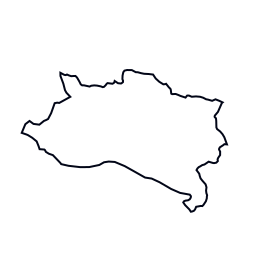 map outline of Bulgaria (Robinson projection), rotated 199°
{"feature_id": "BGR", "entity_name": "Bulgaria", "entity_type": "country or territory", "adm_level": 0, "iso_a3": "BGR", "parent_name": "Europe", "parent_adm1": "", "projection": "robinson", "projection_center": [24.961, 42.741], "detail": "fine", "context": "isolated", "style": "outline", "palette": "ink", "viewbox_px": 256, "rotation_deg": 199, "n_neighbors": 0, "source": "natural_earth", "source_scale": "50m", "svg_char_len": 2172}
<svg xmlns="http://www.w3.org/2000/svg" viewBox="0 0 256 256"><g transform="rotate(199 128 128)"><path d="M209.9,158.2L205.5,157.5L204.0,157.8L203.1,158.7L201.1,158.5L198.6,158.5L196.0,159.6L194.6,160.1L192.6,159.1L189.0,156.0L186.9,153.9L185.2,153.4L183.6,154.0L177.8,154.7L176.5,156.0L173.8,157.3L171.1,158.0L167.2,158.5L165.2,158.4L164.1,159.1L163.1,161.1L162.5,163.0L161.9,163.8L157.1,164.8L156.1,165.9L155.8,167.0L155.9,168.1L152.0,167.1L149.1,167.8L148.4,168.6L147.7,169.8L148.1,171.1L149.2,172.4L150.2,175.8L150.6,179.2L150.0,181.1L147.8,182.5L143.2,184.0L138.8,183.3L136.9,183.9L133.6,184.1L130.5,184.5L125.9,185.8L121.7,186.7L117.9,183.8L113.5,181.9L108.8,180.8L107.1,181.6L106.4,182.2L102.5,179.7L100.7,178.9L99.9,177.9L98.3,174.6L97.3,174.4L94.0,175.7L90.9,175.6L89.0,175.4L83.5,175.5L82.7,177.8L82.0,178.2L80.8,178.5L77.9,178.3L74.0,180.0L70.0,181.0L66.8,181.1L63.5,180.6L61.5,180.9L57.3,181.1L54.6,183.6L50.4,183.4L46.9,183.0L47.4,182.2L48.2,172.5L49.9,168.1L49.9,167.2L49.5,166.5L48.0,165.8L46.9,163.5L44.6,157.3L43.4,156.0L39.7,154.7L36.6,152.9L33.9,150.6L29.1,144.7L31.6,144.1L32.3,142.9L34.8,139.7L35.1,138.2L34.9,137.3L33.2,135.7L32.1,132.4L33.0,129.2L33.1,127.6L32.3,126.0L33.2,124.0L35.0,122.9L36.1,122.6L40.8,122.4L43.8,118.4L45.7,117.1L47.5,114.9L48.4,114.0L49.2,112.3L49.5,110.5L45.8,108.0L44.6,106.1L43.0,104.0L40.7,102.5L36.3,100.0L34.5,97.5L33.8,94.2L32.6,91.8L31.3,90.2L31.1,88.8L30.6,87.2L30.5,84.1L31.6,79.9L32.3,78.4L33.8,78.0L37.9,75.7L38.1,72.8L38.8,71.1L40.1,70.0L41.3,69.3L43.5,71.0L48.9,73.7L51.5,75.6L51.3,76.8L50.1,78.0L47.7,79.2L46.4,80.7L46.0,82.6L46.3,84.0L47.9,85.1L57.6,83.6L67.4,84.4L80.5,87.0L89.2,87.9L95.7,86.7L107.6,88.9L118.7,90.9L129.4,91.6L135.3,90.0L139.5,87.8L143.1,83.7L152.0,78.4L160.6,75.4L171.9,72.9L179.4,72.1L180.5,72.9L190.2,77.9L194.4,77.9L197.9,78.7L199.2,80.0L200.1,80.4L204.7,79.2L206.7,81.8L210.0,85.6L215.4,87.6L220.3,88.7L221.8,88.8L226.9,88.8L226.3,98.2L223.4,102.6L218.7,101.1L212.9,102.3L209.8,107.3L208.1,108.8L206.5,110.5L205.5,117.0L205.4,127.6L203.2,128.9L201.2,129.3L192.7,138.7L197.7,141.3L199.9,143.3L203.6,148.9L208.8,155.2L209.9,158.2Z" fill="none" stroke="#020617" stroke-width="2"/></g></svg>